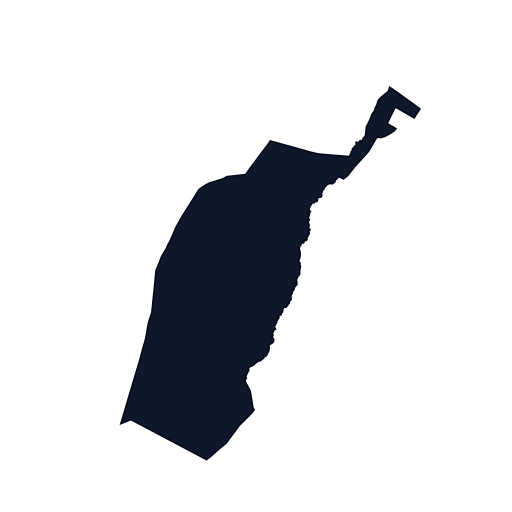 the district of Su'xbaatar, Ulaanbaatar, Mongolia, rotated 214°
{"feature_id": "93677404B10423406698460", "entity_name": "Su'xbaatar", "entity_type": "district", "adm_level": 2, "iso_a3": "MNG", "parent_name": "Mongolia", "parent_adm1": "Ulaanbaatar", "projection": "orthographic", "projection_center": [106.924, 48.052], "detail": "fine", "context": "isolated", "style": "filled", "palette": "ink", "viewbox_px": 512, "rotation_deg": 214, "n_neighbors": 0, "source": "geoboundaries", "source_scale": "gbopen_adm2", "svg_char_len": 4887}
<svg xmlns="http://www.w3.org/2000/svg" viewBox="0 0 512 512"><g transform="rotate(214 256 256)"><path d="M183.1,59.5L182.3,62.1L181.8,63.2L180.4,68.9L178.7,75.3L178.1,77.5L177.2,80.5L176.0,84.0L175.9,88.1L175.4,98.6L175.2,104.9L175.1,106.3L172.5,119.2L171.7,123.6L171.6,127.2L171.5,127.5L173.5,128.4L174.5,129.4L177.5,132.6L182.4,137.8L184.2,139.6L185.6,141.1L186.8,141.6L189.1,142.9L195.0,146.1L195.5,146.5L195.8,148.5L195.6,149.4L197.0,150.1L197.5,152.7L197.9,154.6L198.0,155.7L198.0,157.1L198.6,157.8L199.1,158.3L199.5,158.7L199.3,160.4L198.5,161.7L197.6,163.1L196.7,165.6L196.3,167.6L196.0,168.4L194.5,171.1L194.0,171.4L193.4,172.1L193.6,173.0L193.4,173.6L193.0,174.3L192.6,175.3L192.6,176.3L193.9,177.1L193.4,177.6L192.7,178.0L191.9,178.2L191.7,179.4L191.6,179.7L192.1,181.7L192.3,184.3L192.9,185.4L193.5,187.1L194.7,188.4L195.4,189.4L195.0,190.5L193.9,192.6L193.8,193.7L193.5,194.4L194.2,195.9L194.4,196.6L194.5,196.7L196.9,197.6L197.1,198.3L197.5,199.1L197.5,199.6L197.6,199.9L198.8,200.5L199.0,200.7L199.1,202.2L199.5,203.3L199.6,204.7L198.9,206.3L199.4,206.7L200.9,207.4L201.5,208.3L201.3,209.6L201.3,209.9L201.8,210.5L201.8,211.0L201.6,212.4L202.4,213.4L202.4,215.7L202.6,218.2L203.5,218.2L203.9,218.0L204.0,219.1L203.4,220.1L202.3,221.0L202.4,221.9L203.1,222.6L203.1,223.2L202.7,224.3L203.3,226.0L204.2,226.3L203.9,227.8L204.6,228.9L204.6,229.7L204.1,229.8L203.2,229.7L202.9,229.9L202.5,230.3L202.6,230.9L202.7,231.6L202.1,232.1L202.3,232.6L202.3,233.4L202.4,234.4L202.3,234.6L202.0,235.2L202.5,236.3L203.0,237.8L203.0,238.2L202.5,238.8L202.7,239.8L203.5,240.9L204.9,242.5L205.1,243.5L205.1,245.0L205.6,246.0L205.9,247.2L205.8,249.0L205.8,249.8L206.5,251.2L206.5,251.6L206.6,252.9L206.0,255.1L206.8,256.0L207.6,255.7L207.8,256.1L207.4,257.1L208.5,257.8L208.9,258.9L209.4,259.6L209.8,262.4L209.6,263.6L209.7,265.7L210.8,267.0L212.5,270.3L213.6,272.7L214.9,272.8L215.0,273.9L215.4,274.8L216.6,274.9L217.1,275.3L217.8,275.5L218.9,279.6L221.0,283.3L222.2,284.3L225.0,286.9L225.0,287.0L224.9,287.9L225.2,288.5L225.1,289.5L225.0,290.1L224.9,290.5L225.5,291.7L225.6,292.8L225.2,293.5L224.8,293.3L224.1,293.1L223.8,294.1L224.5,295.3L225.0,296.1L224.8,296.5L223.2,296.6L222.9,298.2L223.0,298.3L223.7,298.9L224.0,299.7L223.9,300.8L224.3,302.2L224.4,304.1L224.6,304.7L225.3,305.1L226.2,305.8L225.8,306.9L225.9,308.1L227.2,308.3L228.1,308.8L228.7,309.3L228.8,310.9L229.5,311.6L231.9,313.3L231.9,314.8L232.3,316.2L232.8,316.4L234.5,317.3L234.4,319.0L234.8,320.1L235.5,320.7L235.8,322.3L235.6,323.2L236.3,323.5L236.6,323.5L237.5,323.7L238.1,324.0L238.5,326.0L239.2,327.6L239.0,328.5L239.0,328.9L239.2,331.5L238.2,332.1L237.7,332.3L237.5,334.0L236.6,334.6L235.9,335.9L236.2,336.7L237.1,337.7L237.1,338.8L236.7,340.0L235.1,341.1L235.0,342.5L236.3,344.0L236.8,344.5L236.8,345.3L236.9,346.2L237.7,347.1L237.1,349.5L237.6,350.5L236.9,355.5L235.9,356.4L235.7,356.6L235.1,358.3L234.2,357.9L233.0,358.5L232.0,361.5L232.4,362.3L232.6,364.1L232.2,364.7L232.2,366.5L231.5,367.8L230.2,368.4L228.6,368.5L227.0,368.7L226.5,368.8L225.9,370.9L225.0,373.6L224.1,385.5L223.3,390.7L222.1,398.8L221.9,400.4L221.2,405.8L221.7,413.9L222.1,420.1L222.0,422.2L218.4,424.2L216.2,427.1L215.6,428.1L214.8,429.6L213.3,432.5L211.4,437.0L211.3,437.9L211.1,439.8L214.1,439.8L216.6,439.5L218.5,439.3L221.4,439.3L221.7,441.7L223.1,452.1L223.8,457.4L219.5,457.7L205.6,458.6L202.0,458.9L202.2,463.4L202.3,469.7L220.2,470.3L222.0,470.3L225.9,470.5L233.5,470.7L239.6,470.7L238.4,466.6L240.8,458.4L241.4,455.8L241.6,453.7L241.6,453.1L240.2,448.7L240.0,446.0L240.0,445.5L239.0,442.6L239.1,438.0L238.7,436.6L237.9,433.6L236.9,426.6L236.8,424.9L234.7,421.0L233.4,418.7L232.9,417.4L232.5,416.3L232.7,414.3L232.9,412.7L232.3,410.8L232.0,410.2L232.8,409.6L233.7,410.2L234.2,409.8L234.2,408.1L234.7,407.3L236.6,406.4L236.5,405.8L235.4,404.8L235.0,404.0L234.9,403.8L235.3,402.6L235.7,401.8L235.5,400.2L236.1,398.9L235.2,398.0L235.2,397.2L235.3,395.4L234.4,394.3L234.7,392.9L234.3,391.6L233.9,391.2L234.4,390.6L240.3,387.3L245.9,384.1L258.8,376.9L261.6,375.4L263.3,374.7L268.4,372.8L281.4,368.5L285.8,367.1L297.5,363.1L308.3,359.5L308.5,359.4L308.5,354.4L309.0,346.3L309.2,342.4L309.7,332.0L309.9,328.5L310.2,317.7L317.3,311.7L324.3,305.8L326.9,301.2L331.6,295.2L335.3,290.7L336.0,289.4L337.2,287.4L339.2,282.7L340.5,279.0L340.3,275.1L339.9,263.6L339.6,252.5L339.4,247.0L338.8,239.6L338.4,235.1L337.4,229.8L336.0,222.2L335.5,219.3L335.3,215.5L334.8,213.4L334.6,212.8L334.1,204.0L334.0,202.8L332.7,197.2L330.8,188.2L330.7,187.8L326.5,180.2L322.8,173.3L317.3,163.0L313.1,155.2L311.6,152.4L310.8,151.0L309.5,146.2L307.8,140.6L305.7,135.6L303.1,130.1L301.4,126.0L300.5,123.5L298.6,117.6L297.1,113.1L294.8,106.7L293.4,102.2L292.3,98.6L291.5,96.1L289.3,89.0L287.4,82.9L286.1,78.9L283.5,70.6L281.1,62.9L278.4,54.4L275.9,46.6L274.3,41.3L271.5,45.4L268.2,50.4L214.7,56.1L183.1,59.5Z" fill="#0f172a" stroke="#020617" stroke-width="1.5"/></g></svg>